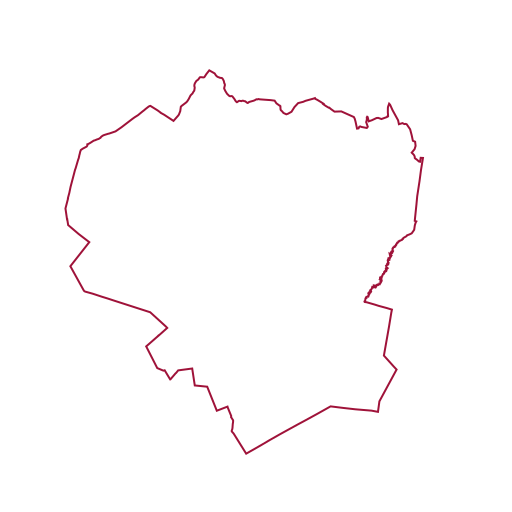 Jamu Mare, Timis, Romania, rotated 258°
{"feature_id": "2599482B47669002074547", "entity_name": "Jamu Mare", "entity_type": "district", "adm_level": 2, "iso_a3": "ROU", "parent_name": "Romania", "parent_adm1": "Timis", "projection": "mercator", "projection_center": [21.475, 45.269], "detail": "fine", "context": "isolated", "style": "outline", "palette": "rose", "viewbox_px": 512, "rotation_deg": 258, "n_neighbors": 0, "source": "geoboundaries", "source_scale": "gbopen_adm2", "svg_char_len": 6086}
<svg xmlns="http://www.w3.org/2000/svg" viewBox="0 0 512 512"><g transform="rotate(258 256 256)"><path d="M80.7,336.9L78.2,342.9L88.2,346.5L115.7,369.9L119.5,367.6L132.0,360.4L159.2,371.4L172.3,376.5L175.3,377.8L177.9,373.1L181.8,365.5L183.7,362.2L187.7,354.7L188.4,352.8L188.8,352.6L189.1,352.7L189.3,353.0L189.5,353.5L191.6,354.2L192.0,354.5L192.0,355.0L192.4,354.9L193.1,355.5L192.9,357.4L193.4,357.7L194.0,357.6L194.3,357.8L194.6,358.6L194.9,358.8L196.0,358.1L196.4,358.3L196.4,358.8L196.0,359.4L196.3,360.2L196.8,360.6L197.0,361.0L197.3,361.2L197.7,360.9L198.0,360.3L198.3,360.8L198.8,360.7L199.0,361.1L198.9,361.5L199.5,361.9L200.0,362.5L201.6,363.3L201.2,364.2L201.5,364.4L202.0,364.5L202.3,364.9L202.4,365.7L201.6,365.8L200.8,365.3L200.8,365.9L200.4,366.4L200.9,366.8L202.0,366.3L201.4,367.3L202.0,367.6L202.1,367.3L202.3,367.4L202.8,368.6L202.3,368.8L202.5,369.4L202.3,369.6L202.8,370.4L203.2,370.7L202.7,371.2L203.8,372.2L203.9,372.4L204.4,372.8L204.4,372.4L204.9,372.3L205.4,372.6L205.4,373.0L205.7,373.1L205.8,372.9L206.5,372.7L206.8,373.2L206.7,373.8L207.7,373.6L207.7,373.2L207.3,373.2L207.6,372.5L208.0,372.9L208.4,372.7L208.8,372.8L208.8,373.4L209.2,373.3L209.2,373.9L209.0,374.5L209.8,374.5L210.1,375.0L210.2,375.4L211.0,375.9L211.6,376.1L212.0,376.5L211.9,377.2L212.3,377.7L213.1,377.8L213.2,378.2L213.7,378.2L213.9,379.3L214.2,379.0L214.3,379.2L214.2,379.9L214.5,380.2L214.8,379.5L215.7,380.8L215.7,380.4L216.6,380.4L216.7,381.0L216.5,381.5L217.1,381.9L217.5,381.0L218.8,381.4L219.4,381.2L219.8,381.8L220.0,382.8L220.1,383.2L220.6,382.9L221.0,383.8L221.4,384.1L221.7,383.3L222.3,383.9L223.5,383.9L224.0,384.6L224.4,385.5L224.8,385.0L224.6,384.6L224.8,384.2L225.7,384.8L225.5,385.2L225.9,385.5L226.2,385.4L226.2,386.2L226.6,386.1L226.9,386.7L226.6,387.0L227.0,387.4L227.1,387.0L227.6,387.6L228.0,388.0L228.6,387.2L229.5,387.2L229.2,387.4L229.1,388.1L229.4,387.9L229.8,388.2L230.7,387.9L231.0,388.2L230.6,388.3L230.5,389.2L231.1,389.3L230.9,390.0L231.2,390.2L231.4,389.9L232.0,389.9L231.8,390.5L232.0,390.9L232.3,391.1L232.8,390.7L233.0,390.6L234.0,390.9L234.2,391.1L234.8,391.1L234.9,391.4L235.2,391.4L235.9,392.1L236.1,392.7L236.0,393.2L236.3,393.4L236.3,393.7L236.7,393.6L236.9,394.1L236.7,394.4L237.6,395.4L238.1,395.3L238.3,395.6L238.4,395.9L238.7,396.0L239.1,396.4L239.2,396.5L239.4,396.6L239.5,396.8L239.2,396.8L239.3,397.1L239.8,397.2L239.9,397.8L240.2,398.1L240.4,398.6L240.7,398.6L240.8,399.0L240.7,399.2L241.0,399.5L240.9,399.9L241.1,400.2L241.4,402.1L242.1,402.7L242.0,403.0L242.2,403.4L242.5,403.5L243.0,403.9L244.1,407.3L244.8,408.0L245.2,410.6L245.8,413.0L247.9,415.3L248.8,416.2L252.9,417.7L255.5,419.1L256.5,420.0L257.4,418.6L272.9,423.6L280.9,426.1L295.2,431.5L305.9,435.3L317.2,439.7L317.8,437.5L314.1,436.1L314.5,435.1L315.7,434.2L316.8,433.4L318.3,432.0L318.8,431.7L320.5,431.9L322.2,431.4L324.7,429.8L327.5,433.3L330.5,435.0L334.7,435.4L336.1,433.4L341.7,433.4L347.9,433.1L353.5,430.8L354.1,429.9L354.2,428.5L355.5,426.9L355.2,423.2L359.2,423.2L370.2,419.9L376.1,418.6L377.3,417.9L374.7,416.3L373.5,415.8L369.0,414.8L367.3,414.6L366.0,414.4L365.7,414.0L365.1,414.1L365.0,413.3L364.7,413.0L363.9,407.2L365.7,404.2L365.9,402.6L364.7,397.5L364.3,394.3L368.7,394.1L369.1,393.7L368.6,393.2L366.8,392.9L365.1,392.2L364.1,391.6L359.2,392.2L358.2,391.0L360.3,386.0L361.1,384.8L360.9,383.9L359.5,382.8L359.6,381.3L366.7,381.3L369.8,381.1L371.6,380.6L379.7,369.5L380.9,362.8L384.3,359.7L385.9,358.5L385.9,358.0L388.3,355.4L389.8,354.0L390.6,353.3L390.9,353.7L393.4,351.2L396.1,348.3L397.6,346.4L397.7,346.6L398.2,346.5L398.0,345.0L397.5,336.7L397.0,334.2L396.8,329.0L393.7,324.6L389.7,320.7L388.5,316.8L388.3,315.1L390.2,312.6L392.1,311.6L393.5,310.6L394.5,310.5L397.5,311.0L398.1,310.6L398.2,310.3L401.1,307.7L404.1,306.5L405.4,302.8L408.5,292.1L409.0,291.1L408.9,289.9L409.2,289.0L408.6,287.1L408.4,286.0L408.1,281.3L407.5,280.1L407.4,279.7L407.7,279.2L409.6,277.6L409.9,276.7L410.3,276.2L410.6,275.5L410.7,274.9L410.5,274.0L411.3,271.9L411.2,271.3L410.5,269.7L410.4,269.3L410.7,269.0L411.8,268.3L414.1,267.5L417.0,266.1L417.4,265.6L417.6,265.0L417.6,264.1L417.9,263.4L418.3,263.0L420.7,261.4L423.8,260.3L425.9,259.8L426.7,259.7L429.6,261.1L430.5,261.2L431.7,260.9L433.9,260.9L435.8,260.4L436.5,260.1L437.2,259.6L437.8,257.8L438.2,257.3L438.9,256.1L439.6,255.3L440.9,254.4L443.2,253.5L447.3,248.9L444.3,245.3L441.9,242.9L441.7,242.6L441.6,242.1L441.6,241.7L442.3,239.6L442.5,238.4L442.2,237.9L441.5,237.2L440.6,236.1L440.3,235.6L439.9,234.6L439.5,233.9L437.6,232.1L436.4,231.4L435.1,231.0L434.0,231.1L433.2,231.0L430.6,230.0L429.3,228.6L428.2,227.7L427.0,225.8L426.6,225.3L423.5,222.8L421.5,220.8L420.7,219.6L418.2,214.3L417.6,213.5L413.4,212.0L410.4,210.0L409.7,209.3L405.3,203.4L413.3,195.5L415.9,192.5L416.1,192.5L418.8,190.1L424.8,183.9L424.8,183.3L424.5,182.1L422.7,178.4L422.0,177.2L420.8,174.7L418.3,169.9L416.9,166.1L415.8,163.6L409.9,151.2L407.1,144.5L406.3,137.9L406.3,136.9L405.9,132.6L405.6,131.2L405.0,129.8L404.6,129.1L403.9,128.4L403.8,127.8L403.3,126.7L403.2,126.1L403.1,124.8L402.6,122.2L402.6,121.3L401.1,117.4L400.5,115.5L400.3,114.2L399.8,114.2L399.3,114.1L398.8,113.7L398.2,113.0L397.0,108.8L396.1,106.7L394.5,105.7L391.9,104.5L391.3,104.1L390.6,103.9L389.7,103.4L389.0,103.2L386.9,101.9L379.3,97.8L377.9,96.9L372.7,94.3L362.4,89.1L356.5,86.5L351.6,84.0L351.3,84.1L349.9,83.4L342.1,79.5L331.2,78.8L331.2,79.0L325.3,78.7L314.4,87.1L304.2,95.8L284.6,72.3L260.9,79.5L258.0,80.4L257.3,80.8L256.7,81.5L253.1,88.4L248.2,96.8L245.3,102.0L242.1,107.5L223.1,140.6L223.0,140.8L205.6,153.3L204.1,154.2L198.5,144.4L197.9,143.3L198.0,143.3L197.6,142.7L190.4,129.8L166.9,136.1L163.1,141.6L163.2,142.9L153.1,146.4L153.1,146.6L158.0,153.0L158.2,153.5L160.3,156.1L159.2,170.2L142.1,169.2L138.3,181.1L112.8,185.5L114.6,196.8L113.4,196.9L104.6,198.5L103.6,198.1L100.2,199.4L99.6,199.4L97.6,198.8L96.7,198.4L92.9,197.3L91.6,196.8L90.1,195.9L89.8,195.8L89.3,195.9L87.0,197.2L64.7,205.3L70.0,221.9L73.1,231.1L76.7,242.5L82.6,262.0L84.6,268.9L88.7,282.6L93.4,297.7L89.4,309.3L85.4,321.3L80.7,336.9Z" fill="none" stroke="#9f1239" stroke-width="2"/></g></svg>